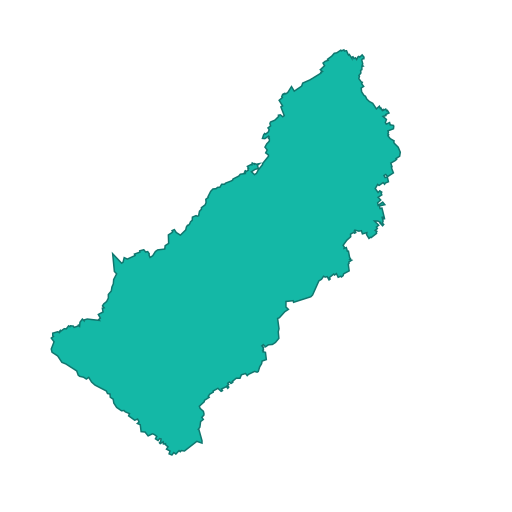 outline of U Thong, Suphan Buri, Thailand, rotated 47°
{"feature_id": "78962969B35479109951050", "entity_name": "U Thong", "entity_type": "district", "adm_level": 2, "iso_a3": "THA", "parent_name": "Thailand", "parent_adm1": "Suphan Buri", "projection": "orthographic", "projection_center": [99.878, 14.426], "detail": "fine", "context": "isolated", "style": "filled", "palette": "teal", "viewbox_px": 512, "rotation_deg": 47, "n_neighbors": 0, "source": "geoboundaries", "source_scale": "gbopen_adm2", "svg_char_len": 6070}
<svg xmlns="http://www.w3.org/2000/svg" viewBox="0 0 512 512"><g transform="rotate(47 256 256)"><path d="M184.2,41.4L181.3,41.2L181.3,44.5L180.1,44.7L179.9,45.5L180.9,48.4L178.9,48.1L178.4,49.7L176.4,49.2L176.0,50.4L176.8,51.1L172.3,50.3L172.3,51.2L171.3,51.1L167.6,49.8L166.4,51.5L165.2,51.1L164.2,53.7L163.3,53.6L162.5,58.4L161.1,60.5L161.5,64.3L160.9,69.5L162.1,69.8L160.8,72.6L160.6,75.4L163.6,76.1L163.6,81.9L166.4,81.6L165.8,83.3L166.5,83.5L166.3,85.1L164.0,96.4L161.4,103.9L162.9,106.8L161.5,115.6L156.3,114.5L158.1,121.3L157.7,123.7L156.7,123.9L156.8,125.4L156.2,125.3L156.0,126.3L157.0,128.5L158.1,128.6L157.9,132.9L164.3,134.2L163.9,136.1L172.6,139.6L172.4,141.5L169.4,141.9L168.3,143.6L169.4,144.3L169.5,149.7L167.9,154.0L168.6,155.5L170.8,156.6L170.5,159.9L172.6,160.2L173.7,162.4L173.4,165.9L172.3,166.1L172.6,167.8L174.4,171.1L176.2,169.5L176.9,165.0L178.0,165.1L178.5,166.6L179.4,166.3L181.1,167.9L181.3,171.6L182.5,175.2L186.1,175.5L187.2,178.6L190.5,178.0L191.6,178.9L192.9,188.4L193.7,188.9L194.6,195.6L195.9,199.3L195.5,201.6L191.3,201.9L192.0,197.6L193.6,194.6L190.7,193.2L190.8,190.5L189.2,193.1L187.5,194.0L187.8,194.5L185.4,195.3L186.5,196.9L185.8,197.1L184.6,201.2L186.8,201.6L186.6,202.3L188.0,203.2L187.5,205.5L186.4,205.6L186.4,206.4L187.5,206.5L187.3,207.8L188.2,207.8L185.5,211.7L185.8,214.1L184.0,220.3L184.6,221.4L184.2,223.0L181.9,228.7L182.1,230.0L180.1,232.2L181.1,235.5L179.6,237.3L179.5,239.3L177.6,241.8L177.8,245.0L179.9,250.7L180.6,251.1L180.3,254.0L182.9,256.1L183.9,258.4L183.4,263.0L184.6,264.0L184.7,266.8L187.4,270.5L186.8,271.9L185.6,272.3L184.2,276.0L186.4,278.3L186.3,280.5L187.3,282.7L187.4,284.6L186.8,285.1L187.3,287.1L189.0,289.6L189.2,297.1L184.4,298.3L181.0,297.7L180.2,300.1L181.5,300.4L181.6,301.4L180.8,305.7L187.2,311.3L186.5,315.4L188.7,318.0L184.5,323.7L184.1,326.5L185.4,331.4L184.8,334.5L182.4,333.6L181.6,332.6L178.9,332.2L177.8,334.0L174.9,333.8L172.9,337.5L174.0,338.3L171.7,343.6L173.2,344.1L170.5,352.2L167.3,353.5L169.9,357.5L169.6,359.2L156.6,359.3L170.7,370.1L174.0,370.1L176.1,376.1L179.1,379.4L180.4,382.5L182.9,385.7L183.4,390.2L186.1,392.7L187.4,396.3L187.2,400.1L187.8,402.3L190.3,402.4L189.4,404.0L192.6,406.0L191.2,411.2L195.3,412.2L195.2,414.4L196.3,414.5L187.0,422.4L185.5,425.4L186.0,425.9L183.7,426.0L184.4,429.9L187.1,433.0L185.4,433.1L185.8,434.1L184.2,437.7L182.7,437.4L180.5,439.3L180.8,440.3L179.3,440.7L179.9,444.5L178.4,445.8L177.8,450.2L177.0,449.9L177.1,451.1L177.8,451.2L178.0,452.1L176.1,452.8L173.8,457.3L175.7,459.0L176.7,459.0L176.4,461.7L181.0,462.2L184.4,469.2L187.3,470.8L193.8,469.2L201.4,470.5L205.2,468.7L217.8,465.5L221.9,467.3L223.8,467.0L227.0,464.8L230.3,464.0L230.7,461.1L236.0,462.2L240.6,461.8L252.7,457.5L255.3,458.4L257.4,456.9L259.9,458.9L263.3,458.1L266.6,460.3L271.7,461.2L277.5,459.9L279.0,457.9L280.8,457.9L285.0,456.0L286.0,458.2L293.4,456.7L294.5,453.8L297.6,454.7L297.6,457.0L300.4,455.7L306.1,459.8L309.1,457.2L314.0,457.6L315.4,453.0L317.2,452.1L320.3,451.6L321.1,454.2L324.2,453.5L323.8,451.0L325.1,450.2L326.5,452.1L326.8,454.0L327.9,454.0L328.6,450.7L330.3,451.9L331.5,450.2L332.0,450.9L335.6,450.5L336.2,453.2L340.0,451.9L341.4,454.5L344.2,453.2L343.7,450.1L346.2,449.7L345.9,445.0L347.5,444.9L347.4,443.3L349.8,441.3L351.2,425.7L356.0,423.1L354.3,421.5L344.1,416.2L343.4,416.4L342.9,413.8L339.3,409.4L339.6,406.0L337.1,405.7L336.8,402.6L335.8,401.6L333.7,400.4L329.3,400.8L327.2,399.9L327.3,393.3L326.4,392.1L327.4,386.6L326.0,386.5L325.5,384.0L326.4,380.1L325.5,379.4L326.8,374.1L331.2,373.8L331.6,372.3L329.7,371.9L331.4,366.7L333.5,366.9L333.3,365.3L331.2,365.3L331.4,363.7L329.8,363.5L330.0,361.3L332.1,361.2L332.4,360.4L332.4,358.9L331.6,358.9L331.9,353.8L334.5,351.1L332.9,347.7L334.8,343.8L337.5,344.0L337.4,342.3L339.4,335.8L341.7,334.4L342.0,333.1L339.6,328.9L338.6,325.4L337.0,323.2L338.8,319.1L332.9,314.8L330.8,316.2L330.4,315.3L329.6,315.5L329.3,314.1L327.7,313.4L327.9,312.8L325.7,313.0L325.8,311.1L328.9,311.0L329.4,307.5L331.9,304.3L332.5,300.7L331.8,295.4L326.6,291.4L324.9,288.8L316.4,282.8L317.1,281.0L316.4,273.0L317.1,268.7L313.7,268.9L309.7,265.1L314.0,259.3L315.5,260.1L323.2,243.7L323.1,241.2L317.1,227.0L317.7,224.0L316.9,220.4L318.6,219.8L319.6,218.0L323.3,218.9L323.4,217.5L321.8,217.2L322.2,211.5L323.5,211.5L323.7,209.2L327.6,210.4L328.6,207.8L329.6,207.8L329.8,205.7L328.8,204.1L330.4,198.0L324.9,194.1L324.9,193.1L323.7,192.2L324.3,188.9L322.4,189.8L322.3,188.7L321.0,188.6L315.5,185.1L314.8,185.9L311.4,184.2L310.5,186.3L309.9,185.4L307.6,185.0L306.4,178.9L306.5,173.6L304.5,172.0L305.3,168.4L306.4,168.5L306.9,167.1L304.4,166.5L304.5,166.0L307.9,163.9L309.4,161.7L312.4,163.1L314.5,159.0L315.7,160.5L320.2,161.4L320.3,159.6L321.1,159.2L321.7,152.4L320.2,151.5L320.3,150.8L318.5,151.3L318.7,148.5L316.9,148.2L317.2,145.3L311.2,145.5L313.5,143.1L316.2,142.0L316.3,142.8L320.2,142.8L320.0,141.1L318.2,141.2L317.2,139.3L315.4,138.3L316.4,136.6L315.6,136.1L314.7,137.9L313.7,137.4L314.7,135.6L309.4,132.6L306.8,131.2L305.9,132.9L303.5,131.7L306.3,126.8L303.0,126.6L302.2,132.1L300.0,130.8L300.1,126.6L296.3,126.7L297.1,122.3L295.0,121.4L295.0,120.5L292.7,121.0L292.8,123.4L288.0,122.8L286.6,118.2L288.3,117.9L289.0,113.0L291.2,113.0L290.8,111.8L292.0,108.5L288.0,106.2L286.6,108.1L284.4,107.5L284.8,105.5L287.7,105.6L288.9,98.8L284.6,97.1L283.1,96.1L283.4,95.6L280.0,94.1L281.2,88.8L281.1,87.1L280.2,87.1L281.0,82.9L278.5,79.7L273.4,77.8L268.0,78.0L266.6,77.6L266.0,76.5L261.7,77.8L258.0,77.5L257.9,76.3L256.6,76.3L256.0,74.9L254.5,74.2L256.7,68.7L255.2,66.9L254.3,66.4L251.6,68.4L249.5,67.3L248.4,70.8L246.6,70.4L245.1,67.5L240.5,67.9L241.9,65.2L241.0,64.7L242.1,61.2L239.1,60.6L238.9,61.4L237.0,60.9L236.3,63.5L235.6,63.2L235.7,64.4L232.9,63.7L232.9,64.5L230.6,63.6L230.5,67.6L223.9,66.5L220.4,67.7L216.9,68.0L213.8,67.0L212.2,67.5L208.0,66.8L204.9,64.5L205.4,61.6L202.1,61.3L201.5,59.8L200.5,60.3L196.3,59.8L195.2,57.9L194.2,57.7L193.7,54.5L191.6,52.9L191.9,51.5L189.6,49.3L190.2,48.1L188.8,48.2L188.3,46.9L184.8,45.0L184.4,43.8L185.3,42.6L184.2,41.4Z" fill="#14b8a6" stroke="#0f766e" stroke-width="1.5"/></g></svg>